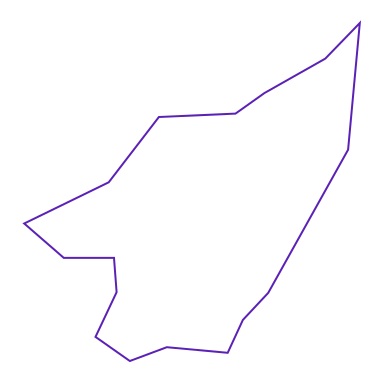 outline of Faetano
{"feature_id": "SMR-4888", "entity_name": "Faetano", "entity_type": "state/province", "adm_level": 1, "iso_a3": "SMR", "parent_name": "San Marino", "parent_adm1": "", "projection": "equal_earth", "projection_center": [12.476, 43.936], "detail": "fine", "context": "isolated", "style": "outline", "palette": "violet", "viewbox_px": 384, "rotation_deg": 0, "n_neighbors": 0, "source": "natural_earth", "source_scale": "10m", "svg_char_len": 348}
<svg xmlns="http://www.w3.org/2000/svg" viewBox="0 0 384 384"><path d="M359.8,23.0L348.1,149.7L277.3,276.6L268.2,292.9L242.9,319.9L227.7,352.8L166.8,347.2L129.8,361.0L95.5,336.9L116.6,292.2L114.0,257.9L63.8,257.9L24.2,223.5L108.7,182.3L158.9,117.0L235.5,113.6L264.5,93.0L325.3,58.6L359.8,23.0Z" fill="none" stroke="#5b21b6" stroke-width="2"/></svg>